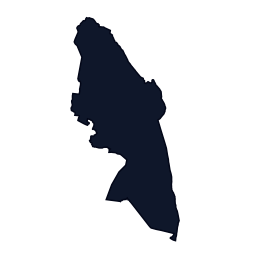 Jevnaker nor, Oppland, Norway, rotated 196°
{"feature_id": "86288312B26637374154815", "entity_name": "Jevnaker nor", "entity_type": "district", "adm_level": 2, "iso_a3": "NOR", "parent_name": "Norway", "parent_adm1": "Oppland", "projection": "mercator", "projection_center": [10.399, 60.283], "detail": "fine", "context": "isolated", "style": "filled", "palette": "ink", "viewbox_px": 256, "rotation_deg": 196, "n_neighbors": 0, "source": "geoboundaries", "source_scale": "gbopen_adm2", "svg_char_len": 5804}
<svg xmlns="http://www.w3.org/2000/svg" viewBox="0 0 256 256"><g transform="rotate(196 128 128)"><path d="M156.8,100.5L155.2,100.6L154.9,100.5L154.4,100.8L154.1,100.8L150.3,100.9L149.7,101.1L147.3,101.7L146.6,102.4L145.5,102.9L145.2,103.2L143.9,103.4L143.1,103.7L143.1,103.8L142.6,103.9L142.0,103.7L141.7,103.5L141.5,103.2L141.0,103.3L140.3,103.2L140.4,102.9L139.5,103.0L139.2,102.9L139.3,102.7L139.5,102.6L140.0,102.6L140.0,102.2L139.9,101.4L139.7,101.1L139.8,100.6L139.6,100.2L139.6,99.4L137.6,100.0L137.1,100.3L136.1,100.3L134.2,100.7L132.6,100.8L131.9,100.6L131.6,100.4L130.4,100.3L129.1,100.6L128.3,100.6L127.2,100.3L120.3,97.1L119.9,91.6L124.5,83.3L128.0,68.9L129.2,53.2L115.5,55.3L115.1,55.2L115.0,55.6L114.9,55.9L114.5,56.1L114.4,56.6L113.9,56.7L113.9,56.9L113.7,57.1L113.3,57.2L112.9,57.9L112.4,58.0L111.8,58.4L111.4,58.3L111.1,58.7L110.2,58.7L110.1,58.9L110.1,59.5L109.4,60.5L109.0,60.0L108.6,59.7L108.3,59.0L107.8,58.9L107.6,59.2L107.5,59.3L106.5,58.7L106.4,58.7L106.2,58.1L105.7,57.9L104.2,56.9L80.9,39.9L79.6,39.0L78.2,38.3L72.8,38.4L67.7,38.8L54.5,39.3L54.8,37.3L55.0,36.8L55.9,35.1L56.1,34.9L56.5,34.8L56.8,34.6L56.8,34.3L57.0,34.1L56.9,33.7L54.5,33.0L53.1,32.8L51.3,32.8L51.5,34.1L51.7,34.7L51.8,35.8L51.9,36.2L51.8,37.2L51.9,38.4L52.1,39.4L52.2,39.6L52.3,40.7L52.4,41.9L52.7,43.5L52.9,44.8L53.2,46.5L53.2,48.4L53.4,49.9L53.7,50.2L53.8,50.4L53.6,50.8L53.6,51.1L53.4,51.4L53.4,51.8L53.5,52.4L53.5,52.6L53.3,52.9L54.4,55.1L54.8,55.9L55.0,56.3L56.1,58.5L57.8,61.7L59.0,63.1L60.3,65.1L60.7,66.7L61.0,67.2L61.8,68.3L62.8,71.1L63.2,72.8L63.8,74.0L64.0,74.9L64.7,75.7L65.5,76.9L66.0,77.4L66.2,77.6L66.4,78.1L67.1,78.6L67.9,79.5L68.9,80.6L69.3,81.8L69.8,82.8L70.1,83.9L70.8,85.9L71.2,88.4L71.9,90.5L72.4,92.3L72.7,93.2L74.1,95.9L76.1,99.1L79.1,105.5L79.5,106.1L80.6,109.0L82.6,112.8L85.6,119.2L88.4,123.6L96.4,135.9L99.4,140.6L101.5,143.8L99.8,145.9L99.1,147.7L98.4,149.3L97.8,150.6L97.5,151.2L97.2,153.2L97.3,153.5L97.4,153.9L97.1,154.2L97.2,154.8L97.3,155.0L97.5,155.8L97.4,156.1L97.3,156.5L97.3,157.1L97.4,157.4L97.8,158.4L98.5,159.1L99.4,160.7L100.7,162.2L102.1,163.5L102.7,164.1L102.9,164.4L103.7,165.0L104.3,165.5L104.2,165.9L104.4,166.3L104.6,166.5L104.3,166.8L104.4,167.4L104.8,168.3L106.2,171.9L106.4,172.2L107.8,173.4L108.2,173.9L108.8,174.3L111.2,175.9L111.7,176.3L112.6,176.5L112.8,176.7L113.7,177.9L114.0,178.1L114.4,178.7L115.6,179.8L116.1,180.6L116.7,181.2L116.9,181.3L117.5,181.2L117.8,181.0L117.9,180.8L118.0,180.5L117.9,179.9L117.6,179.0L117.7,178.5L117.9,178.1L118.4,177.7L119.0,177.4L119.9,177.5L120.5,177.8L121.5,178.0L121.7,177.8L122.0,177.3L122.8,176.0L123.2,175.9L123.7,175.6L124.0,175.8L124.3,175.8L124.2,176.1L124.7,176.7L125.0,177.2L125.2,177.3L125.2,177.6L125.2,178.0L125.4,178.1L125.9,178.1L126.3,178.4L126.6,179.0L126.8,179.2L127.0,179.8L127.3,180.0L127.8,180.1L128.5,180.0L130.5,180.7L131.3,181.3L136.0,184.5L136.7,185.0L137.1,185.5L138.0,185.8L138.8,186.6L140.4,187.6L141.1,188.2L141.8,188.5L142.4,189.1L142.9,189.4L143.7,190.2L144.7,190.8L146.3,192.0L147.0,193.1L150.5,196.9L151.9,198.1L152.3,198.7L154.5,201.2L154.8,201.4L155.3,201.3L155.7,201.4L157.7,203.4L158.2,204.0L159.2,204.5L160.0,204.7L160.8,205.2L161.0,205.7L161.5,206.0L162.4,206.8L162.9,207.0L163.4,206.8L163.7,206.8L164.4,207.1L164.6,207.4L164.6,207.5L164.6,207.8L166.2,209.4L166.7,210.3L167.5,211.0L167.9,211.4L168.0,211.7L168.6,212.6L168.7,212.9L168.7,213.0L169.9,213.5L171.4,213.8L171.6,214.7L171.9,216.9L178.2,217.9L179.1,218.3L179.8,218.1L182.6,217.6L183.7,217.3L184.0,217.6L183.9,217.9L183.9,218.3L184.3,219.2L184.4,219.3L185.1,219.5L185.7,220.0L186.6,219.7L187.5,220.0L190.0,222.1L191.3,222.9L191.9,223.1L194.0,223.1L195.4,223.2L195.8,223.2L196.6,222.5L198.2,222.6L198.6,221.5L198.7,219.7L198.8,219.5L199.1,219.2L199.8,218.9L200.2,218.9L200.7,218.4L201.4,216.8L202.1,215.7L202.2,215.4L202.4,214.5L202.4,213.4L203.9,212.4L204.4,211.4L204.5,211.2L204.7,210.0L202.9,207.7L202.3,206.4L203.3,198.7L203.4,196.1L202.9,195.3L201.6,194.1L199.6,193.2L191.8,183.4L189.7,161.6L189.2,161.7L188.9,161.6L188.8,161.4L189.1,160.9L188.9,160.6L188.9,160.4L188.7,160.4L188.3,159.8L187.9,159.4L187.2,159.7L186.7,159.4L186.5,159.2L186.2,158.4L185.7,157.9L185.7,157.2L185.5,156.7L185.3,153.8L185.2,153.1L185.2,152.1L184.9,151.2L184.6,150.5L184.5,149.9L184.4,149.2L184.4,148.5L184.2,147.5L184.3,147.2L185.7,146.7L190.5,145.9L190.5,145.3L190.3,144.6L190.3,143.8L190.0,142.9L190.0,142.5L189.6,141.6L189.3,140.2L189.3,139.4L189.6,138.7L189.4,137.9L188.7,136.4L188.2,135.6L188.0,135.1L187.8,134.8L187.8,134.1L187.8,133.9L187.8,133.3L187.8,132.5L188.1,132.2L188.1,131.9L188.1,131.2L187.6,130.6L187.6,130.1L187.5,129.7L187.3,129.5L186.7,129.1L185.5,129.0L184.6,128.6L183.5,128.6L183.2,128.4L182.8,127.7L182.9,127.4L182.7,126.6L182.6,126.4L182.6,125.6L178.8,126.3L178.2,126.3L178.0,125.5L178.2,124.7L178.3,124.0L178.2,123.0L178.3,121.6L178.0,121.4L171.5,120.0L168.9,119.6L167.8,119.5L167.6,119.8L167.5,120.1L167.6,120.6L166.8,121.1L166.6,121.7L166.6,122.0L167.0,122.4L168.8,122.8L169.3,123.1L169.2,123.5L169.4,125.7L169.1,125.7L166.6,125.7L165.9,125.3L164.2,125.1L163.8,124.5L163.4,123.9L162.6,123.4L161.8,123.1L161.4,120.6L161.3,120.3L161.6,119.3L161.7,118.6L161.7,118.4L161.6,118.0L161.8,117.3L161.7,117.1L161.1,117.5L160.6,117.6L160.3,117.2L159.7,117.0L158.4,116.9L158.3,116.6L158.0,116.3L157.6,115.6L156.4,114.6L156.4,114.2L156.5,114.0L156.8,113.7L157.0,113.0L157.6,112.6L158.0,112.0L158.4,111.9L158.5,111.3L158.6,111.1L158.6,110.9L159.0,110.3L159.7,110.3L160.4,110.5L161.4,109.8L161.2,109.0L161.0,108.8L161.0,108.5L161.1,108.2L161.0,107.6L160.8,107.4L160.8,107.1L160.6,106.4L160.4,105.9L160.5,105.7L161.0,105.7L161.5,105.5L161.5,105.4L161.3,105.0L160.7,104.5L159.9,103.7L159.1,104.0L158.3,103.4L158.4,103.1L158.3,102.8L158.4,102.4L157.4,101.4L156.8,100.5Z" fill="#0f172a" stroke="#020617" stroke-width="1.5"/></g></svg>